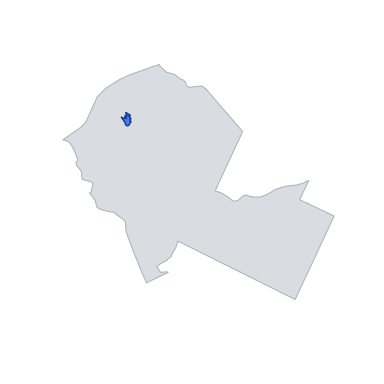 Yepocapa, Chimaltenango, Guatemala shown in context, rotated 115°
{"feature_id": "79465075B24340573402590", "entity_name": "Yepocapa", "entity_type": "district", "adm_level": 2, "iso_a3": "GTM", "parent_name": "Guatemala", "parent_adm1": "Chimaltenango", "projection": "equal_earth", "projection_center": [-91.028, 14.45], "detail": "fine", "context": "in_parent", "style": "filled", "palette": "blue", "viewbox_px": 384, "rotation_deg": 115, "n_neighbors": 0, "source": "geoboundaries", "source_scale": "gbopen_adm2", "svg_char_len": 3598}
<svg xmlns="http://www.w3.org/2000/svg" viewBox="0 0 384 384"><g transform="rotate(115 192 192)"><path d="M90.3,275.7L91.7,273.9L92.8,269.9L94.2,265.7L93.4,260.9L92.9,257.0L94.4,251.3L94.3,247.1L95.0,244.5L97.3,242.8L98.6,239.5L92.0,228.4L92.0,225.8L92.9,222.7L98.2,210.8L104.6,196.6L111.6,181.0L115.8,171.6L131.1,171.6L141.3,171.6L154.2,171.6L168.2,171.6L177.3,171.5L181.1,171.4L180.5,165.3L181.0,158.6L182.6,152.5L182.6,149.8L179.9,146.5L174.6,144.5L171.6,141.6L171.6,137.9L170.3,133.5L167.8,128.2L162.4,122.8L154.3,117.4L147.5,110.0L141.8,100.7L137.0,94.8L133.3,92.3L132.4,91.0L143.3,91.1L153.5,91.2L153.5,78.0L153.6,66.2L153.7,53.0L172.2,53.0L194.3,53.0L217.2,53.0L235.3,53.1L245.9,53.1L245.4,69.5L244.9,88.6L244.6,102.6L244.1,121.4L243.6,140.5L242.9,166.7L242.5,183.6L242.7,184.0L248.7,183.2L257.7,183.9L259.9,183.8L262.6,185.3L264.7,185.8L269.3,189.6L274.6,192.5L278.0,186.6L276.2,183.1L274.9,181.3L275.1,179.8L293.7,194.9L291.5,197.2L286.8,202.6L278.3,211.8L270.6,220.0L263.3,227.5L256.6,234.2L255.9,234.9L247.4,239.7L246.0,241.9L244.3,251.4L243.4,253.8L245.0,259.0L246.5,267.2L246.1,271.5L240.2,276.7L237.6,281.5L236.4,284.5L235.3,283.7L233.5,283.5L229.4,284.7L227.3,284.9L225.7,286.3L225.5,289.2L226.6,294.0L227.0,296.5L225.9,297.6L220.7,300.5L218.7,303.3L216.8,307.7L214.5,309.6L212.2,309.2L210.5,309.9L206.9,313.2L201.6,319.6L198.7,324.3L198.7,327.8L199.2,331.0L179.7,319.8L173.1,317.8L145.7,318.1L133.9,313.7L120.5,305.1L111.5,297.4L90.3,275.7Z" fill="#d9dde1" stroke="#a8b0b8" stroke-width="1"/><path d="M151.5,278.8L151.4,278.8L151.2,278.9L151.2,279.0L151.1,279.3L150.9,279.4L150.7,279.4L150.5,279.5L150.4,279.6L150.3,279.8L150.2,279.9L150.2,280.0L150.1,280.3L150.0,280.5L150.0,280.8L149.9,280.8L149.7,280.9L149.7,281.0L149.6,280.9L149.4,280.9L149.4,280.7L149.2,280.7L148.9,280.5L148.7,280.8L148.6,281.0L148.4,281.0L148.2,281.1L148.2,281.3L148.3,281.5L148.3,281.8L148.3,282.0L148.4,282.3L148.3,282.5L148.3,282.8L148.3,283.0L148.2,283.2L148.2,283.3L148.2,283.5L148.2,283.8L148.2,284.0L148.1,284.3L148.0,284.5L148.0,284.9L147.9,285.0L147.9,285.3L148.0,285.5L148.2,285.4L148.3,285.3L148.5,285.0L148.6,284.9L148.7,285.0L148.8,285.0L149.4,284.4L149.6,284.2L149.8,284.0L150.0,283.9L150.1,283.7L150.4,283.6L150.6,283.5L150.7,283.4L150.8,283.4L150.8,283.5L151.0,283.7L151.3,283.5L151.4,283.9L151.4,284.1L151.2,284.6L151.2,284.8L151.5,284.9L151.9,284.6L152.0,284.4L152.3,284.0L152.4,283.8L152.4,283.6L152.5,283.5L152.6,283.0L152.8,282.7L153.0,282.7L153.0,282.9L153.0,283.0L152.9,283.1L152.9,283.3L153.0,283.3L153.0,283.5L152.9,283.7L152.8,284.0L153.0,284.2L153.1,284.3L153.3,284.3L153.4,284.2L153.6,284.2L153.7,284.3L153.7,284.6L154.0,285.0L154.1,285.9L154.0,286.5L154.0,287.4L154.3,287.4L154.5,287.2L154.5,286.9L154.5,286.7L154.6,286.3L154.6,286.2L155.2,285.7L155.5,285.3L155.5,285.1L155.6,284.8L155.7,284.7L155.8,284.4L156.1,284.1L156.3,283.8L156.4,283.7L156.6,283.1L156.8,282.8L156.9,282.7L157.1,282.3L157.3,282.1L157.4,281.9L157.7,281.7L157.8,281.6L158.3,281.2L158.5,281.1L158.8,280.9L159.0,280.8L159.2,280.5L159.3,279.8L159.4,279.1L159.4,278.6L158.9,278.1L158.5,277.8L158.3,277.6L158.1,277.5L157.8,277.3L157.7,277.3L157.3,277.2L156.6,277.4L156.1,277.4L155.8,277.4L155.3,277.3L155.1,277.3L155.0,277.1L154.7,276.9L154.6,277.0L154.4,277.1L154.3,277.3L154.3,277.5L154.2,277.7L154.1,277.8L154.0,277.7L153.9,277.7L153.7,277.6L153.6,277.8L153.4,277.9L153.4,278.0L153.2,278.1L153.1,278.3L152.9,278.4L152.9,278.5L152.7,278.5L152.5,278.8L152.4,278.8L152.3,278.7L152.2,278.6L152.1,278.4L151.9,278.4L151.7,278.4L151.7,278.5L151.5,278.8Z" fill="#3b82f6" stroke="#1e3a8a" stroke-width="1.5"/></g></svg>